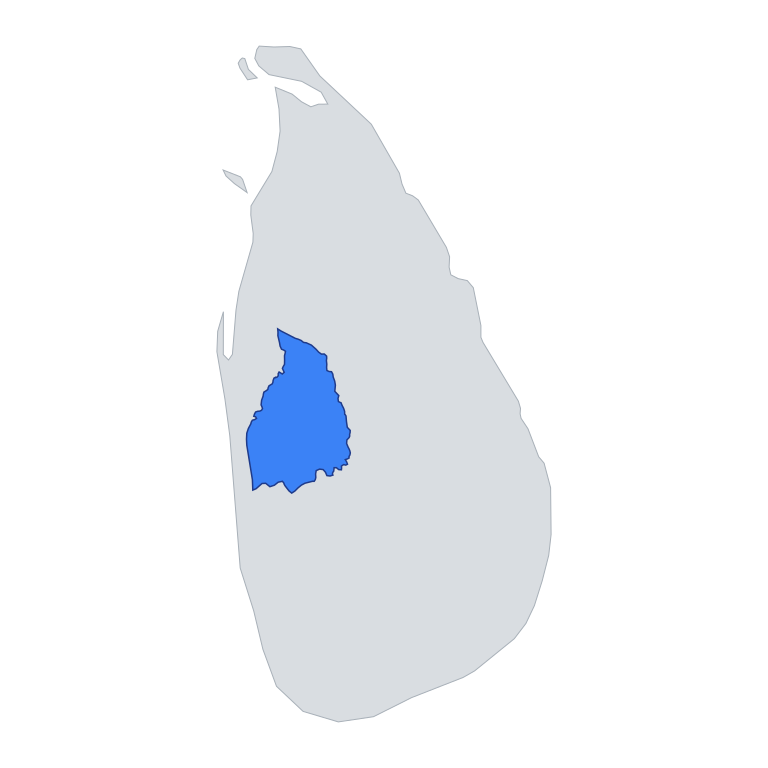 Kuruṇægala highlighted on a map of Sri Lanka
{"feature_id": "LKA-2461", "entity_name": "Kuruṇægala", "entity_type": "District", "adm_level": 1, "iso_a3": "LKA", "parent_name": "Sri Lanka", "parent_adm1": "", "projection": "robinson", "projection_center": [80.272, 7.727], "detail": "fine", "context": "in_parent", "style": "filled", "palette": "blue", "viewbox_px": 768, "rotation_deg": 0, "n_neighbors": 0, "source": "natural_earth", "source_scale": "10m", "svg_char_len": 3101}
<svg xmlns="http://www.w3.org/2000/svg" viewBox="0 0 768 768"><path d="M259.2,46.1L274.0,47.0L289.8,46.5L300.8,48.9L319.8,75.9L371.3,124.2L399.4,173.2L402.0,184.0L405.9,193.2L412.6,195.8L418.3,200.0L446.4,247.4L449.6,256.8L449.1,267.1L450.8,274.8L458.1,278.6L467.3,280.6L473.3,287.7L480.9,325.5L480.9,337.3L483.0,342.4L518.4,401.2L520.5,408.4L520.1,413.8L521.1,418.4L528.0,428.8L538.7,456.8L544.1,463.2L550.6,487.7L551.1,534.5L548.7,555.4L542.2,580.8L534.4,605.6L525.9,623.5L514.3,638.7L474.6,670.9L463.2,677.4L411.6,697.6L373.5,716.7L338.3,721.9L303.1,711.4L276.5,686.3L262.9,649.3L253.7,610.8L240.2,568.0L229.8,435.8L224.9,398.8L216.9,351.7L217.7,331.3L223.4,311.7L223.3,354.6L228.5,360.0L232.4,354.4L236.0,310.0L238.9,291.2L252.9,242.2L253.2,233.5L250.8,215.1L251.0,205.9L271.9,171.5L277.2,151.5L280.1,131.1L279.0,109.0L275.2,87.2L292.1,94.1L301.4,101.7L310.8,106.8L318.5,104.2L327.8,104.1L321.2,92.2L301.6,81.3L269.0,74.6L258.8,65.9L254.8,58.4L256.8,49.6L259.2,46.1ZM242.6,179.4L247.1,192.6L234.4,183.6L226.0,176.0L223.1,170.0L240.4,176.8L242.6,179.4ZM257.2,77.9L247.6,79.8L240.0,68.2L238.2,63.2L240.2,59.8L242.3,58.0L244.8,58.6L248.4,69.4L257.2,77.9Z" fill="#d9dde1" stroke="#a8b0b8" stroke-width="1"/><path d="M326.9,475.6L325.5,472.3L323.2,469.6L319.6,469.1L316.2,470.6L315.6,473.9L315.8,477.5L315.3,479.6L314.2,481.3L312.5,481.3L305.0,483.2L301.4,485.1L298.0,487.9L294.8,491.1L291.7,493.1L289.0,490.9L285.2,486.0L284.3,484.5L283.8,483.0L282.4,481.3L278.2,482.2L274.4,485.2L269.9,486.7L265.7,483.3L262.0,483.5L256.1,488.7L252.8,490.1L252.4,479.7L246.8,445.2L246.5,439.2L246.8,433.2L248.4,428.4L250.8,423.9L251.3,422.0L252.4,420.2L254.7,419.6L256.5,418.4L255.6,416.8L253.8,416.3L254.5,414.0L255.6,412.0L257.6,411.3L259.8,411.1L261.5,410.3L262.5,408.7L262.0,406.9L261.1,404.9L261.6,400.3L263.1,396.1L263.4,394.0L263.9,392.1L265.9,390.9L267.8,389.5L268.2,387.6L269.0,385.8L272.2,383.9L272.9,382.3L273.1,380.5L274.0,378.1L276.3,376.9L276.1,377.2L276.0,377.5L277.0,377.2L278.2,375.8L278.2,373.6L279.1,372.0L282.3,374.0L284.2,372.3L282.4,368.4L283.3,366.4L284.5,364.4L284.6,360.4L284.5,355.7L285.1,353.4L285.5,351.3L283.6,350.0L281.5,349.2L280.1,346.1L279.5,342.6L277.9,335.7L278.0,332.2L277.7,328.9L281.0,331.0L295.2,338.3L298.2,339.2L301.2,340.5L303.5,342.4L306.3,342.8L311.4,345.1L316.1,349.3L318.6,352.1L321.4,354.1L324.3,354.0L326.6,356.1L326.7,358.3L326.4,360.5L326.8,364.3L326.6,367.4L326.9,370.5L329.1,371.5L331.5,371.7L332.8,374.1L333.2,377.0L334.7,381.1L335.4,385.2L334.8,391.3L338.8,395.6L338.0,398.4L338.4,401.5L339.8,402.3L341.0,402.7L342.1,405.4L343.6,408.3L344.6,411.3L344.7,414.3L345.3,414.8L346.0,416.0L346.5,421.9L347.3,427.3L350.2,430.4L350.1,432.5L349.6,434.5L349.7,436.1L349.1,437.6L346.9,439.9L346.6,443.5L348.1,447.1L349.0,448.8L349.8,450.7L350.3,452.8L349.9,455.0L349.1,456.3L349.0,458.1L347.2,459.0L345.3,459.6L346.6,461.8L347.5,464.2L345.8,465.1L343.6,464.6L341.4,466.1L341.6,468.0L341.4,469.8L338.7,469.6L336.4,467.7L334.1,467.7L333.7,471.2L333.0,472.1L332.5,473.2L332.6,474.3L332.9,475.1L330.1,476.0L326.9,475.6Z" fill="#3b82f6" stroke="#1e3a8a" stroke-width="1.5"/></svg>